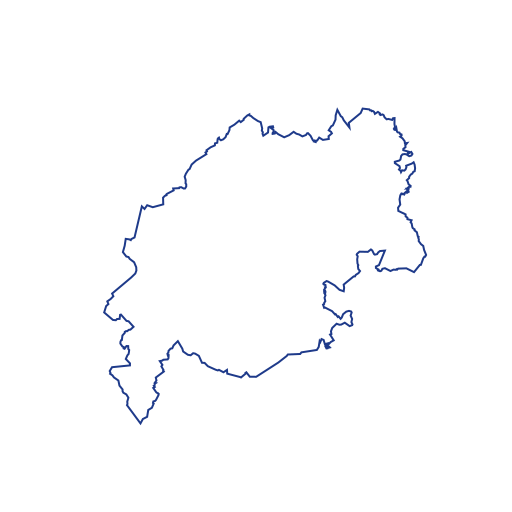 outline of Unión de San Antonio, Jalisco, Mexico, rotated 142°
{"feature_id": "50627088B53477617701945", "entity_name": "Unión de San Antonio", "entity_type": "district", "adm_level": 2, "iso_a3": "MEX", "parent_name": "Mexico", "parent_adm1": "Jalisco", "projection": "albers", "projection_center": [-102.055, 21.158], "detail": "fine", "context": "isolated", "style": "outline", "palette": "blue", "viewbox_px": 512, "rotation_deg": 142, "n_neighbors": 0, "source": "geoboundaries", "source_scale": "gbopen_adm2", "svg_char_len": 6076}
<svg xmlns="http://www.w3.org/2000/svg" viewBox="0 0 512 512"><g transform="rotate(142 256 256)"><path d="M410.4,305.0L408.1,293.7L406.0,291.7L404.3,291.9L402.2,290.4L399.3,293.3L398.5,293.0L398.0,284.6L396.6,283.0L396.1,275.6L400.3,275.3L401.6,276.1L403.9,276.1L404.6,276.8L406.1,277.0L406.8,276.2L410.2,275.6L413.4,272.4L414.1,272.7L415.7,271.8L416.8,270.5L417.0,267.0L416.3,265.7L417.2,264.7L416.7,263.8L413.5,264.8L412.2,263.7L413.9,261.3L413.8,260.0L415.3,258.5L416.8,257.2L418.5,256.9L422.0,255.0L421.4,249.0L422.7,247.4L437.9,257.0L442.1,255.4L442.7,253.4L443.5,253.0L442.6,250.4L442.7,247.8L441.1,242.6L443.4,237.9L443.3,233.0L444.4,231.6L444.7,229.9L443.4,226.8L443.8,222.9L447.1,220.5L448.4,218.5L449.5,217.9L450.1,195.2L445.5,197.2L440.8,196.3L435.7,201.0L431.5,200.5L427.5,202.7L427.7,203.6L426.4,204.6L424.7,203.9L423.3,204.2L418.5,206.4L417.6,207.2L417.8,207.8L416.9,207.9L417.9,208.1L418.5,210.0L418.2,215.3L416.4,215.1L416.4,216.6L415.6,216.5L414.3,217.7L413.2,217.6L413.8,218.4L411.1,219.2L409.8,221.9L399.8,221.7L399.9,222.7L399.1,223.1L398.5,227.3L396.8,227.8L396.5,232.4L394.3,231.3L392.9,231.3L389.3,228.9L388.0,229.3L386.1,231.4L385.9,231.7L386.7,231.9L386.0,233.5L384.5,233.9L383.3,235.1L380.4,235.6L378.8,234.8L376.0,236.3L370.0,237.0L371.1,228.4L372.2,225.6L370.5,220.1L368.6,218.0L365.4,218.1L364.1,216.6L362.5,212.5L364.3,205.1L362.3,203.4L361.8,198.8L357.8,191.2L356.5,189.3L355.3,189.1L353.2,184.4L349.0,184.1L351.1,181.0L342.6,169.8L343.4,169.5L336.2,169.7L336.2,170.3L335.2,170.3L335.2,164.7L330.2,160.7L304.0,158.3L293.3,158.3L291.6,158.8L281.5,151.6L279.5,152.1L265.9,144.5L262.6,145.7L258.2,149.8L258.3,148.6L255.5,150.2L254.4,148.2L256.0,144.2L251.9,142.4L256.9,142.3L257.4,139.8L256.6,139.3L255.8,140.3L255.4,139.1L254.1,138.5L254.2,139.6L255.3,140.8L254.7,141.5L250.1,142.2L246.7,141.7L246.0,148.5L244.6,148.1L243.3,150.5L240.2,152.4L234.2,153.0L232.6,150.5L231.1,149.5L227.1,148.8L225.4,143.1L222.8,142.3L222.1,142.7L221.5,145.2L219.0,147.2L218.1,150.8L215.4,152.6L215.2,153.7L216.5,155.5L219.1,156.6L223.2,156.5L226.3,154.7L228.0,154.4L228.1,157.6L229.1,157.6L229.0,161.2L229.7,161.3L230.0,165.7L233.4,173.0L234.2,173.2L233.1,176.4L231.9,176.2L231.1,177.1L229.2,177.7L227.7,180.9L225.4,182.3L225.2,183.4L223.3,185.0L223.2,185.6L224.5,185.5L223.8,186.6L222.9,186.6L223.0,187.5L221.0,188.2L220.9,188.7L220.3,188.4L219.1,190.5L219.9,191.3L220.1,192.6L219.1,193.1L215.8,192.8L214.9,191.4L212.1,184.4L211.0,177.9L208.6,174.2L206.1,176.7L204.5,179.5L191.6,179.8L190.6,179.0L189.0,179.7L185.8,179.4L183.3,180.1L183.4,182.8L181.8,185.5L181.0,185.8L180.7,187.5L178.3,191.1L176.0,193.2L175.9,195.0L175.0,195.5L171.8,195.7L165.3,190.4L161.4,190.4L161.0,188.8L161.8,184.8L161.5,183.9L159.4,182.9L157.5,183.6L155.3,183.6L151.1,180.9L164.7,173.1L168.0,173.9L168.9,172.7L167.9,170.2L168.6,170.2L168.8,169.5L167.6,167.6L166.3,167.2L164.3,168.1L161.9,167.0L159.3,161.4L156.0,160.6L154.5,159.2L153.2,159.0L153.2,158.4L151.7,158.5L145.1,153.7L141.4,146.0L132.4,148.1L131.5,147.5L125.6,151.2L123.6,151.8L123.1,151.3L121.3,152.1L119.8,157.3L118.0,161.0L118.7,163.7L118.6,167.6L117.4,168.9L116.9,170.6L116.1,170.9L116.3,172.1L114.6,175.7L115.3,178.6L114.6,179.3L115.3,181.5L115.0,182.6L113.3,185.8L113.4,187.4L111.4,188.4L114.0,191.8L113.1,193.0L113.7,195.1L112.5,196.7L116.1,203.9L114.3,206.6L110.7,207.7L108.0,212.3L104.9,215.0L103.3,215.6L103.0,215.0L102.5,215.3L101.5,213.4L101.0,213.9L100.4,213.6L100.1,214.1L98.0,214.2L98.1,212.8L96.2,212.6L95.9,215.4L95.2,214.3L94.0,215.3L95.5,216.3L91.7,216.3L91.5,215.6L91.0,216.0L91.6,218.6L90.5,221.7L90.5,222.9L87.4,223.1L86.5,224.2L83.8,224.9L82.1,224.7L80.2,225.5L78.8,225.1L76.6,227.2L74.8,230.3L74.1,232.8L76.4,232.9L82.1,234.7L82.8,233.4L84.9,232.1L86.6,232.0L88.1,233.6L90.1,232.8L89.6,234.2L90.1,236.1L88.4,236.7L87.6,238.4L89.4,243.7L88.6,244.8L84.3,243.0L82.8,243.1L80.0,245.5L78.0,245.9L75.9,244.7L74.9,243.4L73.8,240.3L71.7,239.5L69.9,240.1L69.6,242.4L72.9,242.9L73.0,243.6L71.4,244.1L74.8,248.7L74.0,249.7L71.2,249.7L70.2,251.3L67.3,252.0L69.3,253.1L68.2,254.9L68.1,258.6L69.0,261.3L67.1,261.3L66.5,262.2L67.4,263.6L67.0,264.9L68.2,266.2L68.3,267.3L66.6,270.5L68.5,269.5L69.2,270.2L69.1,271.3L67.0,272.1L65.7,274.7L61.9,279.4L63.2,280.2L64.9,279.4L67.3,282.5L68.9,283.3L69.3,286.1L68.7,288.4L69.1,289.6L71.2,290.5L71.3,291.5L70.5,292.0L71.2,294.5L74.8,294.8L74.2,296.9L74.7,298.5L75.7,298.9L75.6,299.9L76.5,300.6L76.4,301.7L81.2,306.5L85.5,304.2L100.9,303.8L103.3,299.7L103.3,308.9L102.6,312.2L103.1,314.0L101.9,321.1L106.6,317.8L109.4,314.5L115.0,311.6L116.8,311.9L121.3,310.3L120.4,307.6L120.7,305.9L125.1,305.7L126.6,303.4L131.8,306.3L133.3,310.4L136.8,309.3L137.6,309.9L138.8,309.0L139.6,310.2L138.6,310.4L138.9,311.1L139.7,311.0L139.9,312.3L139.0,317.1L139.4,320.8L140.2,321.2L142.1,320.6L145.8,321.7L147.2,325.2L148.9,327.5L149.9,330.7L155.5,330.8L160.7,332.2L163.5,338.3L164.2,341.6L165.7,340.9L167.7,342.0L167.3,342.6L165.1,343.4L164.6,344.4L165.4,347.5L163.3,346.7L162.8,347.8L165.7,349.5L167.0,349.7L170.5,345.9L176.2,346.3L175.6,348.3L174.4,349.3L174.2,351.2L172.6,352.7L169.9,358.6L171.4,361.1L173.2,366.4L173.8,369.6L174.7,370.9L174.1,371.7L176.3,372.1L181.2,371.7L181.8,370.9L185.6,370.9L185.9,373.0L192.2,372.8L197.6,373.5L199.5,371.5L203.3,369.6L203.9,370.2L206.8,368.4L210.0,368.1L212.4,368.8L212.9,371.0L212.3,372.1L212.8,372.2L214.2,371.8L216.8,369.1L219.0,370.0L220.3,368.5L224.8,369.6L229.9,369.8L230.2,368.6L232.1,368.7L232.4,366.8L244.5,368.1L250.4,367.7L254.8,365.4L256.1,365.6L260.6,364.0L263.4,362.4L264.7,359.1L266.8,356.6L266.8,355.5L268.2,353.7L270.3,352.9L271.4,353.6L272.6,356.3L274.1,357.2L274.8,356.8L279.7,360.2L280.5,358.4L287.9,359.8L288.8,359.7L289.1,359.0L290.7,359.5L293.3,359.2L297.3,353.8L307.3,358.0L310.5,363.0L314.9,361.7L315.4,365.4L340.3,345.4L343.8,346.1L344.9,345.6L345.6,347.1L348.1,349.7L353.2,344.9L358.5,341.0L358.5,335.4L357.1,333.7L357.3,331.5L355.9,326.1L357.3,320.9L359.2,318.2L361.9,316.5L367.6,315.9L392.5,315.0L393.2,312.1L397.1,311.6L401.1,311.8L401.9,309.0L404.9,308.8L410.4,305.0Z" fill="none" stroke="#1e3a8a" stroke-width="2"/></g></svg>